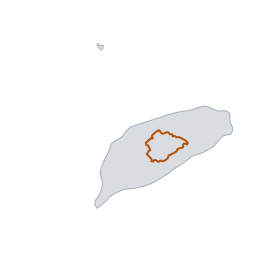 Nantou on a map of Taiwan (Mercator projection), rotated 43°
{"feature_id": "TWN-1173", "entity_name": "Nantou", "entity_type": "County", "adm_level": 1, "iso_a3": "TWN", "parent_name": "Taiwan", "parent_adm1": "", "projection": "mercator", "projection_center": [120.982, 23.84], "detail": "fine", "context": "in_parent", "style": "outline", "palette": "amber", "viewbox_px": 256, "rotation_deg": 43, "n_neighbors": 0, "source": "natural_earth", "source_scale": "10m", "svg_char_len": 2375}
<svg xmlns="http://www.w3.org/2000/svg" viewBox="0 0 256 256"><g transform="rotate(43 128 128)"><path d="M167.3,175.1L164.6,180.6L162.5,186.5L161.6,192.0L161.6,197.7L161.0,202.8L159.9,207.9L155.7,206.4L153.4,202.8L152.9,196.8L149.8,189.6L148.7,187.5L144.2,183.5L140.2,181.5L137.1,178.5L137.5,178.7L135.2,174.7L133.4,170.4L129.8,158.3L128.6,155.3L126.9,152.6L126.4,150.0L127.0,147.0L128.6,142.6L129.5,138.1L128.8,132.1L129.0,126.0L130.2,123.4L150.8,86.6L156.3,78.7L159.8,74.8L162.6,70.5L165.4,64.9L168.7,59.9L171.1,58.3L182.9,53.8L186.6,49.5L189.5,48.1L192.9,48.2L195.0,50.3L196.9,52.7L199.0,54.1L204.2,56.4L206.5,58.8L207.5,62.7L204.3,66.5L202.8,69.9L202.5,73.7L203.0,78.8L203.1,83.9L199.1,95.8L194.9,103.2L193.7,106.9L192.4,116.1L189.9,125.3L187.8,136.9L184.3,148.9L182.3,153.9L179.9,158.7L174.0,167.7L167.3,175.1ZM53.7,84.5L55.6,87.7L54.8,89.6L48.8,88.6L48.5,86.6L50.8,87.0L53.7,84.5Z" fill="#d9dde1" stroke="#a8b0b8" stroke-width="1"/><path d="M178.9,97.8L179.7,98.0L181.9,98.2L182.2,99.2L182.2,99.8L181.3,100.2L180.2,100.6L179.6,101.1L179.7,102.7L180.1,103.3L181.0,103.8L181.3,104.6L181.2,105.2L179.9,106.9L179.0,108.7L178.6,110.0L179.0,110.5L179.3,111.3L179.2,112.5L178.9,114.2L178.4,115.6L177.8,117.0L177.4,118.2L177.3,118.8L176.4,120.4L176.7,121.1L177.3,121.7L177.5,122.6L177.6,123.8L177.4,125.2L176.9,127.3L176.6,128.2L175.9,128.7L174.6,129.1L173.9,130.0L173.7,131.4L172.8,132.2L171.6,132.2L170.4,132.5L169.5,133.1L169.3,133.8L169.0,134.3L169.3,135.3L168.8,135.8L167.8,136.3L167.7,136.0L167.0,135.0L166.0,134.7L165.3,134.5L165.1,134.5L160.9,134.4L159.6,134.2L159.4,133.6L159.4,132.6L158.9,131.5L158.7,130.7L159.2,129.9L159.3,129.0L158.4,128.5L157.7,128.3L156.6,127.9L155.6,127.8L155.2,127.2L153.8,127.3L152.7,127.7L151.7,127.3L151.1,126.5L151.2,125.5L151.5,124.7L151.4,123.4L151.5,122.2L151.9,121.4L151.5,120.2L151.9,120.0L152.4,119.6L153.0,119.3L153.1,118.7L152.2,118.3L151.6,118.0L151.0,117.5L150.6,116.4L150.8,114.2L151.0,113.1L151.0,112.2L151.3,111.3L151.6,110.5L151.5,109.8L151.7,109.4L152.4,109.1L152.4,108.5L153.1,108.5L156.1,109.0L156.8,108.8L157.6,108.1L158.9,105.7L159.5,104.3L160.6,103.7L162.2,104.0L163.2,103.9L164.2,102.7L164.7,102.4L166.2,103.5L166.8,103.3L167.2,102.4L168.0,101.8L169.1,101.8L169.9,101.5L171.2,100.2L172.1,99.7L172.8,99.6L174.3,98.8L175.3,98.8L176.3,98.6L178.2,97.9L178.9,97.8Z" fill="none" stroke="#b45309" stroke-width="2"/></g></svg>